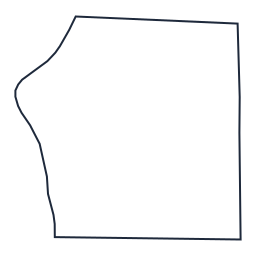 Mason, Michigan, United States of America (Equal Earth projection)
{"feature_id": "52423323B31744681172371", "entity_name": "Mason", "entity_type": "district", "adm_level": 2, "iso_a3": "USA", "parent_name": "United States of America", "parent_adm1": "Michigan", "projection": "equal_earth", "projection_center": [-86.383, 43.997], "detail": "fine", "context": "isolated", "style": "outline", "palette": "slate", "viewbox_px": 256, "rotation_deg": 0, "n_neighbors": 0, "source": "geoboundaries", "source_scale": "gbopen_adm2", "svg_char_len": 427}
<svg xmlns="http://www.w3.org/2000/svg" viewBox="0 0 256 256"><path d="M240.6,239.5L239.4,132.5L239.7,97.1L237.6,23.6L75.7,16.5L70.5,27.2L69.2,29.9L59.6,46.7L59.3,47.0L55.4,52.6L47.4,61.1L22.1,79.7L18.2,84.5L15.4,90.5L15.4,96.7L18.1,106.0L21.5,112.7L30.2,125.4L31.0,127.0L33.0,130.9L39.7,143.9L39.7,144.0L46.9,176.5L48.0,193.9L53.5,214.9L54.7,224.0L54.8,237.1L240.6,239.5Z" fill="none" stroke="#1e293b" stroke-width="2"/></svg>